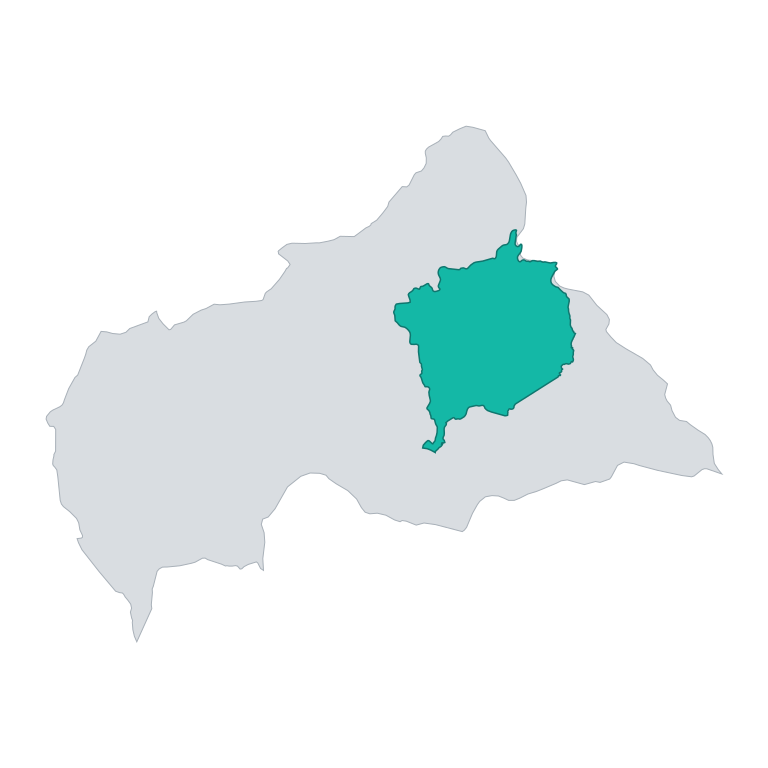 location of Haute-Kotto within Central African Republic
{"feature_id": "CAF-866", "entity_name": "Haute-Kotto", "entity_type": "Prefecture", "adm_level": 1, "iso_a3": "CAF", "parent_name": "Central African Republic", "parent_adm1": "", "projection": "robinson", "projection_center": [22.992, 7.358], "detail": "fine", "context": "in_parent", "style": "filled", "palette": "teal", "viewbox_px": 768, "rotation_deg": 0, "n_neighbors": 0, "source": "natural_earth", "source_scale": "10m", "svg_char_len": 9715}
<svg xmlns="http://www.w3.org/2000/svg" viewBox="0 0 768 768"><path d="M546.9,262.4L554.6,264.6L555.9,267.3L553.8,276.0L555.3,281.4L559.6,286.0L564.0,288.0L568.2,289.1L582.8,291.9L588.8,295.1L596.8,305.3L606.9,314.6L609.4,319.5L608.9,324.0L605.9,329.4L606.4,331.6L611.0,337.1L616.3,342.6L626.0,348.8L642.8,358.5L650.5,365.0L653.1,369.9L657.4,375.2L663.4,380.1L667.5,383.9L664.7,394.5L665.6,398.0L667.1,401.0L670.6,405.2L672.0,410.6L675.5,417.3L679.6,420.4L686.5,421.5L690.2,424.6L697.8,430.0L705.2,434.6L708.3,437.8L710.3,440.6L711.9,443.9L712.8,447.3L713.0,454.5L714.3,463.4L718.2,469.5L721.9,474.0L706.9,468.8L704.6,468.7L702.0,469.6L694.1,476.0L691.6,476.8L681.8,475.5L657.8,470.4L639.4,465.5L633.9,463.7L624.0,462.1L617.5,465.4L611.4,476.8L609.7,479.0L600.1,482.4L595.5,481.5L584.4,484.6L567.3,479.9L561.2,480.8L556.4,483.2L544.1,488.4L536.6,491.4L528.0,494.0L519.7,498.2L514.2,500.4L508.7,500.4L503.8,498.1L498.5,496.0L492.0,495.6L485.4,496.8L479.7,501.4L477.4,504.6L472.5,513.3L466.6,527.3L464.4,530.1L462.3,531.6L435.5,524.6L424.0,523.0L416.2,525.1L406.4,521.2L402.1,520.5L400.1,521.7L394.7,520.0L385.9,515.2L377.4,513.2L369.8,513.8L365.1,512.2L361.4,507.6L356.6,499.0L347.8,490.6L336.2,483.8L328.9,478.7L326.0,475.2L319.7,473.3L310.1,473.0L300.8,476.3L287.5,486.9L275.1,508.7L268.2,517.0L262.7,519.1L261.3,524.4L264.1,532.7L264.8,542.3L262.8,558.6L263.5,570.4L260.6,568.5L257.8,563.0L256.4,561.9L248.3,564.4L244.1,566.6L241.8,568.8L240.1,569.1L237.5,566.1L235.5,565.6L232.3,566.1L229.0,566.1L226.9,565.7L225.5,566.0L221.6,564.2L207.6,559.6L205.2,558.1L202.4,558.2L195.1,562.2L191.3,563.3L179.7,565.8L167.3,567.0L162.5,567.1L159.3,568.8L157.1,571.3L153.3,586.3L152.2,588.9L152.4,592.7L151.3,604.8L151.8,608.6L136.8,641.8L134.4,636.3L132.9,629.8L132.3,622.4L132.6,620.4L131.7,618.2L130.4,612.1L131.6,608.2L130.7,604.1L127.8,600.1L125.2,597.0L123.6,594.2L122.4,593.0L119.5,592.6L115.6,591.2L99.2,571.7L82.0,549.8L78.5,542.7L77.1,538.6L81.3,538.1L82.4,537.4L82.5,535.5L79.9,529.9L78.7,522.8L76.5,518.4L69.8,511.7L63.4,506.6L61.4,504.0L60.2,500.3L57.8,476.6L56.8,469.9L54.7,467.0L53.3,465.6L52.7,464.0L53.0,459.8L53.9,456.0L53.9,454.5L55.6,451.2L55.7,429.4L53.7,426.4L49.8,426.3L47.8,423.1L46.1,419.1L46.6,416.3L50.3,411.8L52.8,410.1L60.1,406.6L62.2,404.9L63.5,402.7L64.4,399.8L68.7,388.6L75.0,377.4L77.7,375.1L84.2,358.6L85.7,354.4L86.8,350.1L88.8,346.7L95.8,341.2L101.1,331.4L106.8,331.9L112.6,333.5L120.1,334.2L125.9,332.3L129.8,328.5L147.9,321.9L149.2,316.7L152.1,313.9L155.4,311.5L156.6,311.2L156.8,312.9L158.8,318.4L163.0,323.8L169.0,329.8L170.7,329.4L174.5,324.9L184.0,322.1L186.4,320.8L193.1,314.3L201.2,310.1L205.9,308.6L214.1,304.2L219.9,304.8L229.2,304.1L244.7,302.0L256.0,301.3L261.7,300.5L263.1,299.6L265.3,293.3L267.0,291.6L271.2,288.8L279.5,279.3L285.0,271.3L286.6,268.4L287.7,267.9L290.1,264.5L287.8,261.0L278.5,253.8L278.6,252.9L278.1,251.6L278.6,250.7L282.2,247.8L286.9,244.4L292.0,243.2L305.3,243.5L316.6,242.8L319.2,242.9L328.0,241.2L334.0,239.7L340.2,236.3L354.2,236.6L365.9,227.9L369.3,226.3L370.8,225.0L371.2,223.6L376.7,220.2L382.8,213.0L387.7,206.5L389.0,202.0L402.2,186.6L406.8,186.9L409.1,185.0L414.3,174.7L416.0,172.8L421.4,171.0L424.0,167.9L426.2,163.4L426.3,157.8L425.3,153.3L425.3,151.1L426.5,149.1L428.6,147.1L438.7,141.5L441.2,138.8L442.7,136.4L445.6,136.0L448.6,136.2L450.6,134.8L452.8,132.2L459.7,128.8L466.1,126.2L472.9,127.3L485.2,130.7L488.8,138.1L490.6,140.6L505.7,158.0L508.6,162.1L516.1,174.8L520.7,183.3L526.0,195.5L526.5,202.2L525.8,207.9L524.8,224.0L523.4,228.7L516.8,237.4L516.5,241.3L517.8,244.5L519.9,245.9L521.1,247.5L520.4,255.0L522.7,258.0L527.7,260.0L540.4,261.3L546.9,262.4Z" fill="#d9dde1" stroke="#a8b0b8" stroke-width="1"/><path d="M516.5,235.1L516.2,235.5L515.1,243.0L515.2,244.5L515.9,245.7L517.3,246.6L518.7,246.4L520.6,244.3L521.5,244.4L521.9,245.6L521.8,247.7L521.2,251.1L520.3,252.7L518.2,255.4L517.5,256.9L517.5,258.4L517.9,259.9L518.7,261.2L519.8,261.8L520.5,261.6L521.8,260.5L522.5,260.1L523.4,259.9L524.3,260.0L525.1,260.4L525.9,261.0L526.6,261.3L528.3,261.2L529.9,261.8L530.8,261.5L532.4,260.6L534.2,260.6L537.5,261.4L540.4,261.1L542.4,262.0L543.4,262.2L544.9,261.9L550.3,263.0L553.8,262.4L555.7,262.4L556.7,262.9L556.6,263.8L555.6,265.3L555.4,266.2L555.8,267.0L557.2,268.3L557.5,269.0L557.1,269.5L555.0,271.1L554.5,271.8L551.6,277.3L550.9,279.3L550.8,281.2L551.3,283.0L552.4,284.5L553.8,285.6L555.2,286.5L556.0,286.9L558.1,287.4L560.1,289.6L562.9,292.2L563.8,292.8L565.6,293.4L565.9,293.9L566.2,294.7L566.4,296.0L566.6,296.6L566.9,297.0L567.5,297.4L568.1,298.1L569.0,298.9L569.2,299.8L569.2,301.3L568.0,307.2L568.5,309.0L568.6,311.4L568.9,312.7L569.2,313.9L569.6,314.9L569.8,315.6L569.9,316.3L569.8,317.8L569.8,318.4L570.0,318.9L570.3,319.3L570.5,320.0L570.3,324.9L570.8,326.6L571.1,327.1L571.7,327.9L572.0,328.4L572.7,330.7L572.9,331.0L573.6,331.4L573.7,331.6L573.6,332.0L573.8,332.6L574.7,333.2L575.4,333.5L574.8,334.8L573.8,337.2L573.2,338.1L572.9,339.1L572.3,340.1L571.4,342.3L571.2,343.5L571.1,344.1L571.2,344.9L571.5,345.7L571.5,346.1L571.3,347.3L571.3,347.6L571.5,347.8L572.2,347.5L572.5,347.6L572.7,348.0L572.5,349.1L572.6,349.4L572.8,349.6L573.3,349.8L573.6,350.2L573.7,350.6L573.6,351.1L573.3,352.1L573.3,352.7L573.3,353.8L573.3,354.5L572.7,356.6L572.8,357.4L573.1,358.2L573.4,359.5L573.3,360.4L572.8,361.6L572.6,361.9L572.3,361.9L571.8,361.6L571.5,361.7L571.2,362.0L570.4,363.4L570.2,363.6L569.0,364.0L568.1,364.1L567.1,363.7L566.0,363.7L565.7,363.7L564.2,364.4L563.3,364.3L562.9,364.5L562.5,364.8L561.4,366.0L561.2,366.3L561.5,367.7L561.6,368.3L562.0,368.7L562.5,368.9L562.6,369.1L562.5,369.3L561.9,369.6L561.7,369.9L561.5,370.5L561.6,371.3L561.6,371.6L560.7,372.4L559.8,372.6L559.6,372.7L559.4,373.0L559.4,373.5L559.8,373.9L560.1,374.7L560.5,375.0L560.2,375.5L558.5,375.7L558.1,376.9L516.0,403.6L515.2,404.2L514.2,405.8L514.0,406.4L513.9,407.6L513.6,408.1L513.1,408.7L512.6,408.9L512.2,409.1L511.3,409.2L510.7,409.2L509.9,408.8L509.3,408.9L509.0,409.1L508.8,409.3L508.5,410.1L507.8,411.0L507.7,411.4L507.7,411.7L507.9,412.6L507.7,413.4L507.7,414.8L507.6,415.3L506.5,415.6L505.0,415.8L491.4,412.0L487.5,410.5L485.9,409.2L484.9,408.1L484.4,406.7L484.1,406.2L483.5,405.7L483.1,405.4L482.5,405.4L481.7,405.4L479.5,405.9L478.6,405.9L477.1,405.6L476.1,405.5L469.5,407.0L468.5,407.7L467.7,408.7L466.9,410.7L466.1,413.9L465.4,415.2L464.9,415.9L464.2,416.7L461.2,418.6L460.3,419.0L459.6,419.1L458.4,418.8L457.8,418.8L455.9,419.2L455.4,419.1L455.0,418.8L454.4,418.0L454.0,417.7L453.2,417.7L452.6,418.0L447.6,421.1L446.9,421.9L445.9,422.6L446.0,423.0L446.4,423.6L446.2,424.8L444.5,427.1L444.1,428.9L444.3,433.2L444.1,435.2L443.1,437.4L443.0,438.7L443.2,439.1L444.3,440.5L444.8,442.5L443.8,442.8L442.8,442.7L441.9,442.9L441.6,444.1L442.6,444.0L442.1,445.0L441.1,446.3L440.3,446.9L439.4,447.4L439.0,447.7L438.0,449.0L435.2,451.6L435.2,452.5L430.6,450.0L427.2,448.7L422.7,448.0L423.3,445.2L425.5,442.6L427.4,440.9L427.9,440.6L428.4,440.6L429.1,440.8L429.9,441.5L431.9,443.4L432.5,443.8L432.9,443.8L433.5,442.7L434.6,441.4L435.0,440.8L435.2,440.2L435.5,438.0L436.4,435.6L437.1,432.4L437.3,427.6L437.2,426.7L436.0,424.6L435.6,423.7L434.7,420.2L434.4,419.5L433.8,419.1L433.0,418.9L432.1,418.8L431.5,418.6L431.1,418.1L430.9,416.2L430.7,415.3L430.2,414.3L429.8,412.4L429.4,411.5L428.7,410.4L427.3,409.2L427.0,408.7L427.0,407.8L427.4,407.1L429.5,403.6L430.0,402.4L430.4,401.3L430.3,400.0L429.2,395.3L428.9,392.3L429.0,391.7L429.6,389.7L429.7,389.2L429.6,388.6L429.3,388.0L428.6,387.2L427.9,386.9L427.3,386.7L425.6,386.7L425.2,386.7L425.0,386.4L424.7,386.0L424.3,385.0L423.5,383.9L423.0,383.2L422.6,382.2L421.1,377.4L420.3,376.3L420.0,375.8L420.0,375.2L420.2,374.8L420.4,374.5L421.5,373.8L421.7,373.5L421.9,373.1L421.8,372.1L421.7,371.4L421.7,371.1L421.8,370.7L422.2,370.2L422.3,369.8L422.3,369.3L421.5,366.4L421.4,364.1L421.1,363.6L420.2,362.8L419.8,362.2L418.5,351.9L418.6,346.2L418.4,345.4L417.8,344.8L416.7,344.3L416.0,344.2L414.4,344.4L411.6,344.3L410.8,344.0L410.3,343.4L409.9,342.4L409.8,341.5L410.4,335.3L410.3,334.2L410.1,332.9L409.7,332.0L409.2,331.2L408.4,330.2L407.2,328.9L405.9,327.9L404.8,327.2L401.1,326.4L400.1,325.8L398.9,324.7L397.4,322.8L395.2,320.8L394.8,315.4L393.8,312.8L393.8,312.1L393.9,311.4L394.8,309.6L395.0,308.9L395.1,308.1L395.0,307.0L395.3,305.7L396.3,304.1L399.6,303.5L407.9,302.9L410.2,302.2L410.1,300.1L408.6,295.9L408.3,294.6L408.8,293.6L409.7,292.7L411.7,291.4L412.7,290.5L413.2,289.8L413.9,288.6L414.9,288.2L415.8,288.1L416.5,288.2L419.0,289.2L419.5,289.1L419.8,288.5L420.4,287.1L420.7,286.7L421.0,286.5L422.6,286.3L423.5,285.9L427.0,283.8L427.9,283.6L428.4,283.7L428.6,283.9L429.1,285.2L429.5,285.8L430.1,286.3L431.3,287.3L431.8,287.8L432.2,288.6L432.8,290.5L433.4,291.1L434.2,291.5L435.4,291.5L436.8,291.2L438.3,290.7L439.4,290.2L439.9,289.5L439.9,288.9L439.6,288.5L438.9,287.8L438.6,287.3L438.4,286.7L438.3,286.0L438.5,285.2L440.3,280.7L440.4,280.1L440.5,279.4L440.2,278.1L438.6,274.8L438.4,274.1L438.3,273.7L438.2,272.2L438.4,271.1L438.7,270.1L439.2,269.2L439.8,268.3L440.3,267.8L440.7,267.5L442.1,267.0L443.2,266.8L444.3,266.7L445.5,267.1L447.5,268.3L448.4,268.6L458.6,269.7L459.3,269.6L459.8,269.5L460.8,268.3L463.1,267.9L463.8,268.0L465.5,268.7L466.0,268.8L466.8,268.8L467.3,268.6L467.8,268.2L470.7,265.1L471.5,264.5L474.1,262.7L476.1,262.1L482.7,261.1L492.4,258.3L492.9,258.3L494.4,258.7L495.0,258.6L495.5,258.1L496.2,256.8L496.4,255.5L496.7,251.8L497.3,250.3L498.3,249.1L501.9,246.0L503.0,245.3L503.9,245.0L505.9,244.7L506.9,244.4L507.2,244.2L508.0,243.5L508.7,242.5L509.1,241.7L509.4,240.6L510.5,234.2L510.9,233.1L511.4,232.2L511.8,231.5L512.8,230.6L514.1,230.1L515.4,229.9L516.0,230.0L516.4,230.2L516.5,230.5L515.9,232.3L516.0,233.8L516.5,235.1Z" fill="#14b8a6" stroke="#0f766e" stroke-width="1.5"/></svg>